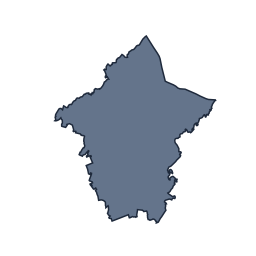 Duong Minh Chau, Tây Ninh, Vietnam (orthographic projection), rotated 24°
{"feature_id": "81297802B96522155706340", "entity_name": "Duong Minh Chau", "entity_type": "district", "adm_level": 2, "iso_a3": "VNM", "parent_name": "Vietnam", "parent_adm1": "Tây Ninh", "projection": "orthographic", "projection_center": [106.272, 11.33], "detail": "fine", "context": "isolated", "style": "filled", "palette": "slate", "viewbox_px": 256, "rotation_deg": 24, "n_neighbors": 0, "source": "geoboundaries", "source_scale": "gbopen_adm2", "svg_char_len": 5861}
<svg xmlns="http://www.w3.org/2000/svg" viewBox="0 0 256 256"><g transform="rotate(24 128 128)"><path d="M196.8,67.2L196.4,66.8L189.9,69.2L187.4,69.5L181.0,69.5L176.3,69.2L164.4,69.3L159.4,71.1L157.3,71.2L154.7,70.4L152.0,70.1L145.3,70.2L143.0,70.1L134.3,59.0L129.2,51.8L127.3,49.8L124.2,47.6L118.5,44.0L107.3,36.5L106.7,37.4L105.4,40.8L104.6,47.3L104.0,48.2L103.4,48.4L102.4,49.6L102.1,51.3L101.4,53.7L101.1,54.1L99.7,55.2L99.1,56.5L98.0,58.0L98.2,59.9L98.1,60.6L97.6,61.0L97.5,61.3L97.9,62.5L98.8,63.6L97.8,64.2L96.3,64.5L95.7,64.3L95.0,63.8L94.6,63.6L92.6,63.3L91.6,67.1L90.5,68.0L90.1,69.7L89.7,69.9L89.8,70.9L90.3,72.0L90.4,73.1L90.0,73.4L87.3,74.8L87.3,75.5L87.7,76.0L87.7,76.4L87.0,77.1L86.8,78.1L86.4,78.6L83.7,77.7L83.3,79.1L83.2,81.0L84.3,83.4L83.2,83.8L82.7,83.8L82.3,84.8L83.6,85.4L85.5,87.3L87.1,89.2L87.2,89.3L86.6,89.4L86.3,89.6L86.4,90.5L86.8,91.1L87.3,91.2L88.3,89.7L90.4,91.2L89.8,91.4L89.5,92.1L89.0,92.6L88.7,93.6L88.6,94.4L87.7,95.7L87.9,97.9L87.7,100.1L87.0,102.7L86.3,104.0L85.9,103.7L84.6,104.8L82.2,105.3L82.0,106.0L81.7,106.3L81.6,106.9L81.9,107.5L82.3,109.2L82.1,109.2L81.9,109.4L81.9,111.1L81.7,111.2L80.9,110.6L80.8,112.9L79.5,112.3L79.2,112.9L78.2,112.9L77.8,112.0L75.7,113.3L75.3,114.4L74.3,114.9L73.5,118.0L72.2,118.9L71.7,119.6L71.4,120.6L69.3,121.3L68.8,122.9L68.8,124.1L67.7,125.2L67.1,126.9L67.0,129.0L66.6,129.7L66.3,129.6L65.5,130.0L64.6,131.2L64.5,131.9L64.6,132.2L64.4,133.2L64.7,133.7L64.1,134.2L62.6,134.4L61.4,134.0L60.2,134.0L60.8,138.0L58.9,137.4L58.6,137.5L57.7,138.0L57.2,138.7L56.5,144.1L56.5,145.6L56.8,146.3L57.4,146.8L57.4,147.1L57.0,147.7L58.6,149.8L58.4,150.6L58.2,151.1L58.7,151.0L59.9,150.3L61.2,148.9L61.9,147.8L62.5,146.0L63.7,147.2L64.5,147.4L64.9,147.8L65.8,149.6L66.1,150.6L65.8,151.4L66.6,153.2L66.8,153.4L70.8,152.8L71.3,150.2L70.7,149.6L72.9,147.8L76.0,148.0L79.0,151.6L79.2,153.1L79.6,153.0L79.8,153.3L80.1,153.0L81.7,152.3L81.8,152.4L82.1,153.7L86.9,152.8L88.1,153.6L88.4,153.3L89.2,153.6L89.9,153.1L91.5,153.1L91.7,153.4L92.0,155.4L92.9,158.0L94.0,159.2L94.1,160.0L95.4,161.4L95.8,162.0L95.9,163.7L95.8,164.0L95.2,164.3L94.7,166.9L94.6,169.5L94.1,169.6L94.2,172.2L94.5,172.3L97.8,172.3L97.9,171.3L98.5,170.4L99.4,169.8L99.7,169.3L100.2,166.8L101.0,165.8L100.9,164.9L101.6,165.0L101.5,167.7L102.3,168.5L101.6,170.4L101.7,171.0L102.1,171.3L102.3,171.1L103.7,169.5L105.4,168.4L106.0,169.1L105.3,170.0L109.9,174.3L105.1,179.3L107.9,182.1L110.6,185.9L112.2,185.9L112.1,184.3L113.1,184.2L113.4,185.1L113.7,190.3L113.9,191.7L114.5,192.0L115.0,191.8L117.2,191.8L117.9,192.5L116.1,194.7L116.7,195.2L117.3,194.3L117.5,194.4L118.5,195.3L118.0,195.9L121.1,197.7L121.8,197.8L122.9,196.0L123.4,196.5L124.1,196.7L124.3,197.0L123.9,197.7L123.8,198.5L125.4,199.5L126.5,200.9L127.5,201.9L128.1,202.3L130.6,206.0L132.7,204.6L133.3,204.4L135.0,204.2L136.9,204.6L137.6,205.1L137.7,205.5L138.2,206.3L138.9,207.9L139.6,208.6L140.2,209.8L141.4,207.1L141.8,207.4L142.3,208.1L142.5,208.7L143.5,210.6L143.8,212.5L144.1,213.6L143.9,214.2L145.5,215.4L147.5,215.7L146.9,217.4L147.6,218.1L149.5,217.6L151.3,219.5L163.6,207.1L165.7,209.5L166.3,209.2L168.1,207.1L169.3,207.0L171.1,206.0L171.4,206.3L172.3,205.3L171.3,203.8L170.1,199.2L169.9,198.7L174.7,197.2L174.9,197.4L175.9,197.5L176.4,197.9L178.8,196.3L179.2,196.6L180.0,197.5L180.7,198.7L181.2,199.0L181.3,200.0L181.8,200.7L182.0,201.4L183.6,203.4L184.3,203.2L184.9,203.3L185.2,203.1L185.6,203.3L186.7,202.3L187.1,202.0L187.5,201.3L188.4,200.8L189.4,200.8L190.0,201.1L190.8,201.3L191.1,201.8L191.5,201.8L191.9,202.2L192.2,202.1L192.5,203.2L193.8,201.9L194.0,201.5L194.3,197.5L194.8,195.5L195.8,189.0L196.1,187.8L194.6,186.0L194.1,183.8L193.1,182.4L194.0,181.7L193.1,181.0L191.4,180.7L191.3,180.2L191.3,179.3L191.7,178.7L194.5,176.2L195.4,175.9L197.2,175.9L197.2,174.8L197.5,174.1L198.0,173.7L199.4,173.4L199.5,172.8L199.2,171.8L198.3,171.1L198.0,171.2L196.9,172.3L196.2,172.5L192.6,171.8L191.1,171.4L190.8,171.2L191.9,169.6L192.2,168.8L192.4,166.6L193.1,164.7L192.9,162.6L193.7,160.4L193.7,160.0L193.0,159.9L192.7,159.5L192.5,158.2L192.8,157.9L193.9,157.7L194.5,157.3L194.4,156.9L193.8,156.2L193.7,154.9L193.4,154.8L193.1,155.1L192.6,155.6L192.3,156.5L192.0,156.7L192.0,155.2L191.5,154.7L189.0,153.9L188.5,154.0L187.4,155.2L186.7,156.5L186.7,157.1L187.5,158.2L187.5,158.4L187.1,158.5L186.3,158.4L185.3,157.4L184.6,156.5L184.5,155.9L184.9,154.5L185.0,153.4L184.7,151.9L184.7,151.4L185.0,151.1L185.3,151.1L187.1,151.5L187.2,151.1L186.6,150.3L185.6,149.2L184.3,148.6L183.8,148.6L183.5,148.9L183.1,149.3L182.9,149.8L183.1,150.4L183.8,151.4L184.2,152.4L184.0,152.6L183.0,152.4L182.8,152.1L182.7,151.5L181.6,150.9L181.2,150.3L181.2,147.3L181.4,146.8L182.6,145.6L183.1,144.5L185.3,139.0L185.4,138.0L187.3,133.1L187.3,131.9L187.1,131.5L186.3,131.5L186.0,131.3L186.0,130.5L186.5,129.7L186.6,128.9L186.3,128.5L185.7,128.4L184.8,128.8L184.1,128.9L182.8,126.1L179.7,123.6L177.6,122.6L176.8,122.0L175.8,120.4L175.6,119.2L175.7,118.6L176.3,117.9L177.9,117.1L178.1,116.2L179.1,115.1L178.9,114.4L178.2,113.4L178.2,112.6L178.5,112.0L179.9,111.0L180.3,109.0L181.5,108.3L181.8,107.1L181.0,106.5L181.0,105.7L181.5,105.6L182.1,105.7L183.1,106.3L183.9,107.2L184.5,107.4L185.0,107.2L186.2,106.4L187.1,106.8L187.6,106.0L188.7,102.4L188.6,102.2L188.3,102.3L187.6,103.7L187.2,103.7L187.1,102.8L187.8,100.7L187.7,100.1L187.2,98.6L187.3,97.5L188.0,96.1L188.4,95.7L188.7,95.9L188.8,97.0L189.3,97.8L189.6,97.9L190.1,97.7L190.5,97.2L190.5,96.2L189.6,95.2L190.0,93.5L189.7,92.6L189.8,91.6L189.4,90.3L190.7,89.2L191.6,88.1L192.0,85.5L192.3,84.9L192.9,84.9L193.9,86.3L194.5,86.4L194.7,86.0L194.5,85.6L194.6,84.5L194.4,84.1L194.4,83.7L195.9,83.6L196.1,83.3L195.6,82.5L196.1,81.4L195.7,80.4L196.3,78.7L196.2,78.5L195.5,78.3L195.3,77.9L195.5,77.7L196.6,77.6L196.3,76.4L196.6,75.8L195.6,75.0L195.7,73.9L195.5,71.8L196.1,68.4L196.4,67.5L196.8,67.2Z" fill="#64748b" stroke="#1e293b" stroke-width="1.5"/></g></svg>